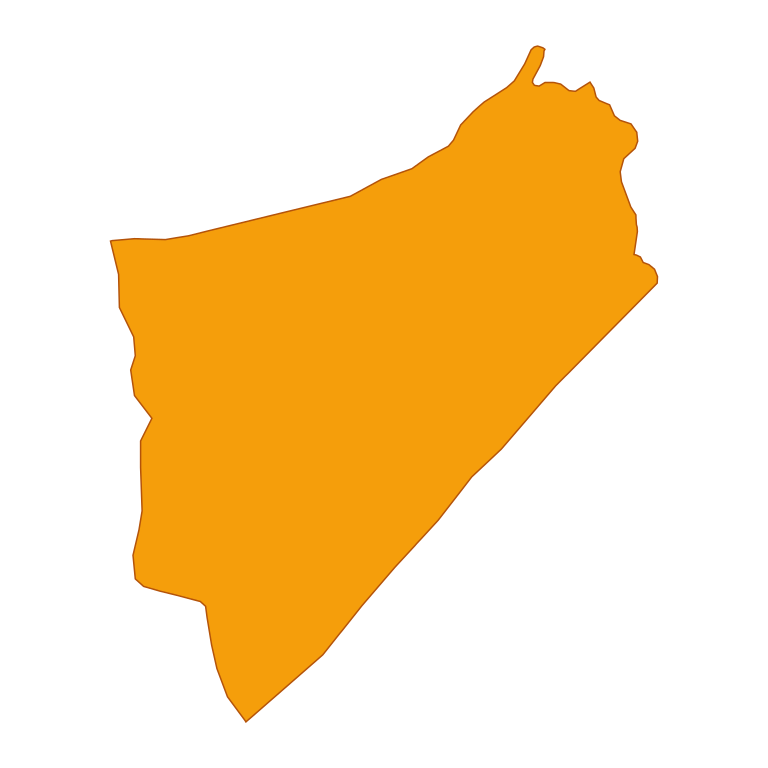 the district of Al-Malikeyyeh, Hasaka (Al Haksa), Syria
{"feature_id": "27442178B99216687489351", "entity_name": "Al-Malikeyyeh", "entity_type": "district", "adm_level": 2, "iso_a3": "SYR", "parent_name": "Syria", "parent_adm1": "Hasaka (Al Haksa)", "projection": "mercator", "projection_center": [42.113, 36.959], "detail": "fine", "context": "isolated", "style": "filled", "palette": "amber", "viewbox_px": 768, "rotation_deg": 0, "n_neighbors": 0, "source": "geoboundaries", "source_scale": "gbopen_adm2", "svg_char_len": 2359}
<svg xmlns="http://www.w3.org/2000/svg" viewBox="0 0 768 768"><path d="M245.9,721.9L256.3,712.9L268.3,702.4L275.1,696.5L322.8,654.8L340.9,632.0L341.0,632.0L362.0,605.6L391.7,571.0L394.7,567.5L396.9,565.1L415.0,545.5L416.7,543.5L417.6,542.6L418.3,541.8L420.1,539.9L432.6,526.3L438.2,520.2L459.7,492.5L471.8,476.8L473.1,475.6L495.5,454.6L499.6,450.7L499.9,450.4L500.2,450.2L501.5,448.9L521.3,425.9L555.1,386.5L555.7,385.8L564.8,376.6L567.8,373.7L574.4,367.0L621.4,319.4L657.2,283.1L657.5,276.6L655.2,270.9L654.5,269.2L648.9,264.6L643.2,262.5L642.2,260.5L640.9,258.0L640.4,257.0L636.5,255.1L634.0,254.5L635.2,246.5L637.4,231.5L637.1,227.1L636.5,225.0L636.4,224.7L636.0,218.6L635.9,214.9L632.6,209.8L630.7,206.8L630.0,204.8L629.1,202.4L621.5,181.9L621.1,179.1L620.2,171.7L623.8,158.7L629.0,153.9L635.1,148.3L636.1,145.6L637.7,141.2L636.8,132.7L636.8,132.3L635.5,130.5L631.0,123.9L620.0,120.3L619.3,119.7L614.4,115.8L609.6,104.8L606.3,103.5L599.2,100.5L598.7,100.0L596.1,97.0L593.8,88.0L591.1,83.9L590.0,82.1L582.2,87.0L580.1,88.3L579.0,89.0L575.5,91.3L573.2,91.1L569.0,90.6L567.2,89.2L565.2,87.6L560.7,84.1L554.3,82.6L553.0,82.5L550.8,82.5L550.4,82.5L548.6,82.5L545.0,82.5L539.1,86.1L537.9,85.9L535.3,85.5L534.4,85.3L533.7,84.3L533.3,83.7L532.4,82.4L532.7,80.5L532.9,79.2L539.7,66.6L540.2,65.6L540.5,64.9L543.5,56.9L543.6,56.3L544.0,51.0L544.5,50.1L544.9,49.3L544.5,49.0L542.9,47.8L538.7,46.4L537.5,46.1L537.1,46.2L535.9,46.5L534.9,46.8L534.1,47.1L533.6,47.5L533.2,47.9L531.1,49.8L526.7,59.5L524.7,63.9L514.3,80.9L509.2,85.4L506.7,87.6L498.3,93.0L484.2,102.0L479.9,105.7L473.2,111.7L465.3,120.1L464.2,121.2L463.7,121.8L461.4,124.2L460.7,124.9L453.9,139.3L453.4,140.3L450.8,143.3L448.4,146.2L428.4,156.8L422.7,160.9L419.5,163.2L411.9,168.7L381.9,179.2L381.2,179.5L380.4,179.9L380.1,180.1L377.3,181.6L369.2,186.0L350.3,196.3L319.8,203.7L288.1,211.4L272.9,215.1L256.5,219.1L219.6,228.1L207.7,231.0L188.1,235.9L187.4,236.0L176.7,237.7L165.4,239.6L140.8,238.9L139.7,238.8L134.3,238.7L112.4,240.6L112.2,240.6L110.5,241.1L118.6,274.4L119.4,307.5L133.7,336.9L135.3,355.8L130.7,370.0L134.5,395.6L151.9,418.3L140.6,441.0L140.6,467.5L142.1,510.9L139.0,529.8L133.0,555.3L135.3,578.9L143.6,586.4L160.2,591.2L175.3,594.9L200.3,601.5L205.6,606.3L207.1,617.6L211.6,644.9L216.9,668.5L227.5,696.8L245.1,720.6L245.9,721.9Z" fill="#f59e0b" stroke="#b45309" stroke-width="1.5"/></svg>